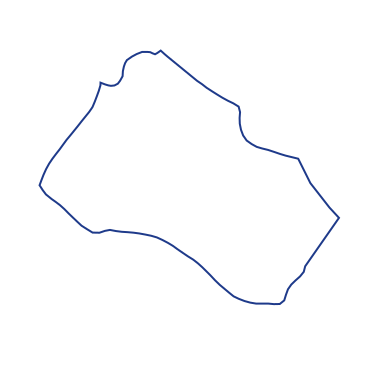 Habban, Shabwah, Yemen, rotated 129°
{"feature_id": "15242507B21238216413190", "entity_name": "Habban", "entity_type": "district", "adm_level": 2, "iso_a3": "YEM", "parent_name": "Yemen", "parent_adm1": "Shabwah", "projection": "orthographic", "projection_center": [47.137, 14.306], "detail": "fine", "context": "isolated", "style": "outline", "palette": "blue", "viewbox_px": 384, "rotation_deg": 129, "n_neighbors": 0, "source": "geoboundaries", "source_scale": "gbopen_adm2", "svg_char_len": 1699}
<svg xmlns="http://www.w3.org/2000/svg" viewBox="0 0 384 384"><g transform="rotate(129 192 192)"><path d="M164.6,331.9L166.7,330.3L172.0,328.1L177.5,326.2L183.0,324.4L188.5,322.8L190.5,322.6L194.7,322.3L200.8,322.3L206.5,322.3L212.3,322.2L218.0,322.2L224.2,322.2L230.3,322.3L236.3,322.0L242.0,321.7L248.1,321.6L253.9,321.4L259.8,320.9L266.0,319.8L272.1,318.2L277.7,316.4L282.7,314.7L284.5,309.2L285.8,304.0L285.8,296.6L285.5,292.1L285.3,286.3L285.6,280.5L286.3,274.4L286.8,268.6L287.3,262.4L287.7,256.6L287.0,250.5L286.1,243.7L281.9,238.3L277.0,235.2L273.1,231.9L270.2,226.5L267.1,221.5L263.7,216.7L260.4,211.8L257.4,206.9L254.4,201.4L251.7,196.2L249.4,190.7L247.9,184.8L246.7,178.8L245.9,173.1L245.6,167.3L245.1,160.9L244.6,154.9L243.8,148.6L243.7,142.5L244.0,136.8L244.6,130.7L245.2,125.0L246.1,118.7L246.7,111.9L246.8,105.7L246.9,99.9L246.9,94.0L245.6,88.5L243.7,82.6L241.3,77.1L238.3,71.8L234.5,67.1L230.8,62.6L227.6,57.8L223.8,53.3L218.2,52.1L212.7,54.3L207.2,56.2L201.5,56.6L195.6,55.9L189.6,54.9L183.7,54.9L178.5,57.3L119.6,61.5L117.6,75.3L110.6,105.6L99.3,130.4L99.8,131.5L102.3,136.8L104.8,142.1L107.0,147.5L109.2,153.5L111.4,159.3L114.0,164.8L116.2,170.1L117.2,175.8L117.6,181.9L115.9,187.8L112.8,193.1L108.9,197.8L104.5,201.6L99.7,204.9L96.3,209.5L97.1,215.7L98.5,221.6L99.6,227.7L100.4,233.7L101.1,239.6L101.8,246.2L101.9,252.0L102.4,258.1L102.2,296.1L102.1,300.1L101.8,305.3L103.6,305.8L106.0,306.5L108.2,307.4L109.1,310.1L109.6,312.4L111.0,314.5L114.5,318.9L119.6,321.8L124.6,323.9L130.5,325.6L133.9,325.1L137.3,323.9L141.5,321.8L145.7,318.8L150.9,317.9L154.5,317.8L158.0,319.3L160.5,321.8L161.8,324.1L163.1,327.3L164.6,331.9Z" fill="none" stroke="#1e3a8a" stroke-width="2"/></g></svg>